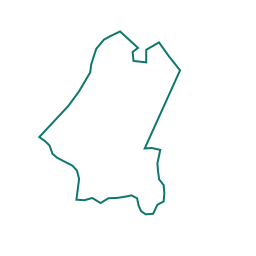 Lindolfo Collor, Rio Grande do Sul, Brazil (Natural Earth projection), rotated 214°
{"feature_id": "56859067B65739017746258", "entity_name": "Lindolfo Collor", "entity_type": "district", "adm_level": 2, "iso_a3": "BRA", "parent_name": "Brazil", "parent_adm1": "Rio Grande do Sul", "projection": "natural_earth1", "projection_center": [-51.223, -29.584], "detail": "fine", "context": "isolated", "style": "outline", "palette": "teal", "viewbox_px": 256, "rotation_deg": 214, "n_neighbors": 0, "source": "geoboundaries", "source_scale": "gbopen_adm2", "svg_char_len": 724}
<svg xmlns="http://www.w3.org/2000/svg" viewBox="0 0 256 256"><g transform="rotate(214 128 128)"><path d="M188.6,203.6L194.1,194.1L197.4,187.7L198.6,175.9L196.2,167.4L194.1,160.3L190.4,152.9L189.1,130.7L189.8,113.0L196.5,70.9L189.5,70.7L183.4,69.7L176.2,64.4L170.2,63.7L160.5,64.8L153.0,65.7L146.5,64.1L140.1,58.5L130.7,39.7L123.7,43.8L118.5,50.0L108.8,50.4L104.9,58.9L98.1,63.8L92.1,69.3L87.4,74.1L81.1,74.8L76.3,70.0L70.8,66.4L65.2,66.3L59.2,70.9L60.7,80.8L57.4,87.0L61.3,94.1L66.4,100.5L73.6,102.9L79.2,109.3L83.9,115.2L89.0,127.9L96.9,124.8L102.7,120.4L117.1,204.9L134.1,210.3L150.2,216.3L156.6,203.0L149.6,192.6L160.9,186.7L166.7,193.6L164.5,200.0L188.6,203.6Z" fill="none" stroke="#0f766e" stroke-width="2"/></g></svg>